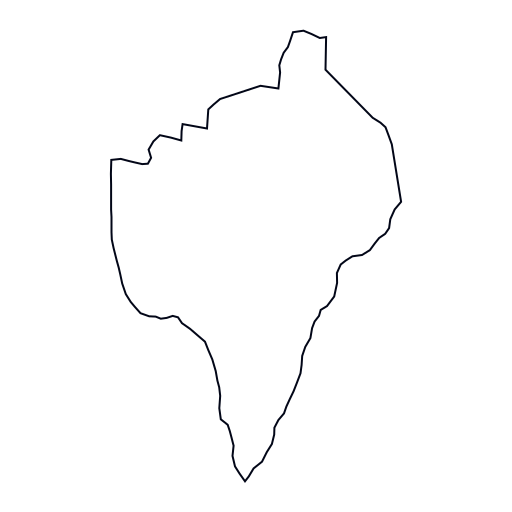 Lamarão, Bahia, Brazil (Natural Earth projection)
{"feature_id": "56859067B14062701434656", "entity_name": "Lamarão", "entity_type": "district", "adm_level": 2, "iso_a3": "BRA", "parent_name": "Brazil", "parent_adm1": "Bahia", "projection": "natural_earth1", "projection_center": [-38.916, -11.798], "detail": "fine", "context": "isolated", "style": "outline", "palette": "ink", "viewbox_px": 512, "rotation_deg": 0, "n_neighbors": 0, "source": "geoboundaries", "source_scale": "gbopen_adm2", "svg_char_len": 1540}
<svg xmlns="http://www.w3.org/2000/svg" viewBox="0 0 512 512"><path d="M401.1,201.8L391.8,144.3L388.5,135.2L385.5,127.2L380.5,122.7L372.7,117.8L325.5,69.7L326.1,37.1L319.8,38.0L311.5,34.0L303.5,30.7L293.0,32.2L290.0,41.2L287.9,47.1L283.7,52.7L281.1,59.3L279.3,65.3L280.1,72.5L278.4,88.5L260.5,85.8L220.1,99.0L213.6,104.5L208.3,109.4L207.0,128.5L182.6,124.1L181.6,131.0L181.3,140.5L170.9,137.6L159.9,135.2L153.4,141.4L148.6,149.6L151.1,157.8L147.9,163.7L142.2,164.1L135.1,162.5L128.8,161.0L120.8,158.9L111.3,159.9L110.9,173.8L111.1,184.6L111.1,200.0L111.1,209.7L111.5,217.0L111.5,223.4L111.5,232.3L111.8,239.6L113.6,248.1L116.8,260.8L118.7,267.6L120.2,274.1L122.2,283.5L125.8,294.1L130.7,301.9L134.9,306.9L140.5,313.2L149.2,316.3L155.7,316.6L160.8,318.7L166.7,317.9L172.7,315.9L178.0,317.3L182.0,323.2L190.0,328.8L197.2,335.0L205.0,341.7L208.3,350.1L212.3,359.4L215.7,371.0L217.4,380.6L219.2,387.3L220.2,395.9L219.3,408.2L220.8,419.3L227.7,424.8L229.8,431.1L231.5,437.5L233.6,445.7L232.5,455.9L235.0,466.4L239.5,473.5L245.0,481.3L248.8,476.4L253.6,468.4L262.0,461.7L266.8,452.1L271.9,444.0L274.2,434.6L274.4,427.7L278.4,420.0L284.0,413.4L286.4,406.5L289.8,399.1L293.6,391.2L296.9,382.8L300.5,373.3L301.6,365.0L302.2,355.9L305.3,346.8L310.4,338.1L312.1,328.1L314.6,321.5L319.0,315.9L320.7,309.9L327.0,306.1L334.2,296.5L337.1,282.9L336.9,273.0L340.7,264.5L345.8,260.5L352.4,256.3L362.0,255.0L369.9,250.1L374.8,243.4L379.2,237.9L385.2,233.8L389.1,228.1L390.3,219.2L394.7,209.4L401.1,201.8Z" fill="none" stroke="#020617" stroke-width="2"/></svg>